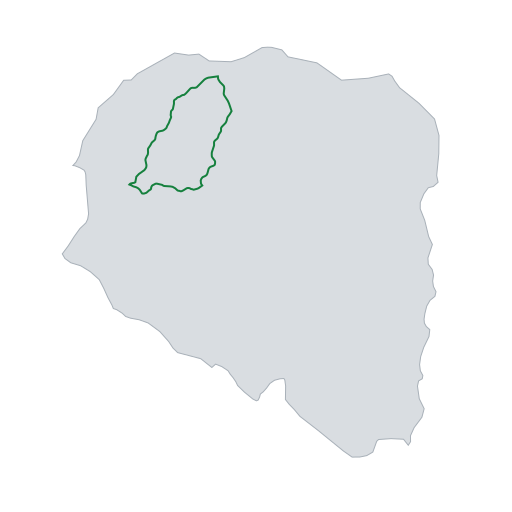 Uruguay, with Lavalleja highlighted, rotated 175°
{"feature_id": "URY-19", "entity_name": "Lavalleja", "entity_type": "Department", "adm_level": 1, "iso_a3": "URY", "parent_name": "Uruguay", "parent_adm1": "", "projection": "robinson", "projection_center": [-54.924, -33.979], "detail": "fine", "context": "in_parent", "style": "outline", "palette": "green", "viewbox_px": 512, "rotation_deg": 175, "n_neighbors": 0, "source": "natural_earth", "source_scale": "10m", "svg_char_len": 4761}
<svg xmlns="http://www.w3.org/2000/svg" viewBox="0 0 512 512"><g transform="rotate(175 256 256)"><path d="M430.5,362.1L427.0,365.3L423.1,371.4L418.5,386.0L403.4,406.1L400.3,417.4L384.0,429.3L372.5,442.6L365.0,442.2L358.3,447.9L319.5,465.3L305.6,462.0L295.3,462.1L285.7,454.4L263.9,451.7L250.2,454.7L231.8,463.1L226.2,463.0L222.3,462.5L212.3,459.1L206.8,451.6L178.5,443.1L155.5,423.7L128.6,423.3L108.0,425.8L104.8,423.2L102.6,418.3L98.3,411.1L80.3,393.9L66.2,376.9L63.2,360.1L65.0,341.9L69.0,320.4L68.2,313.6L73.3,309.8L78.4,309.0L83.3,303.4L87.7,295.0L88.3,288.6L84.8,276.8L82.3,260.3L79.3,252.1L84.9,239.1L85.1,232.8L81.7,227.2L80.8,221.5L82.2,215.7L81.9,210.1L79.8,204.7L81.3,200.2L86.5,196.7L90.3,191.2L92.8,183.9L94.1,178.4L94.1,174.5L92.5,170.9L89.3,167.5L90.7,160.7L96.8,150.5L100.7,141.5L102.5,133.6L102.3,127.3L100.2,122.4L101.1,119.2L104.9,117.4L106.5,112.3L105.8,99.6L101.8,89.2L104.8,80.9L113.4,71.3L117.8,63.5L118.2,57.6L120.8,54.2L125.0,60.6L137.4,62.3L149.9,62.5L151.9,60.9L156.7,50.5L163.1,47.5L170.1,46.7L177.8,47.3L186.0,54.2L209.2,76.7L226.2,92.4L231.3,99.8L235.8,105.3L239.2,110.5L237.8,123.9L238.1,129.8L238.9,131.5L242.7,131.6L248.4,130.6L253.3,127.8L257.0,123.5L260.7,120.0L263.7,118.1L264.7,115.2L266.4,112.3L268.2,111.7L271.6,113.8L279.5,121.5L285.6,128.6L287.1,132.6L289.5,136.9L292.0,140.5L293.8,144.1L299.7,148.8L305.7,151.8L309.7,148.8L320.0,158.5L342.5,166.6L346.7,171.5L350.5,178.5L358.4,189.1L369.3,198.7L378.0,202.7L386.4,205.0L391.1,207.1L394.3,210.7L399.5,214.7L402.7,216.1L403.8,219.7L407.1,227.4L410.5,237.1L414.2,246.1L422.4,254.8L431.6,261.6L441.1,265.4L446.5,270.1L448.8,275.0L442.3,282.3L435.2,291.5L429.0,298.7L422.6,303.8L420.5,307.3L419.1,312.6L419.0,341.2L418.5,351.8L418.9,354.6L419.8,356.5L423.8,359.3L428.6,361.7L430.5,362.1Z" fill="#d9dde1" stroke="#a8b0b8" stroke-width="1"/><path d="M267.7,402.5L269.8,399.5L271.8,397.3L272.3,396.6L272.6,396.0L273.1,394.4L273.7,392.9L274.1,392.2L274.4,391.6L275.3,390.7L278.8,387.7L279.2,387.1L279.6,386.6L279.7,386.1L279.8,385.6L279.8,385.1L279.8,384.5L280.0,383.4L280.4,382.8L280.9,382.1L281.7,381.2L282.5,380.1L283.4,377.8L284.0,376.7L284.3,376.4L284.9,375.9L286.4,374.9L287.3,374.1L287.7,373.5L287.9,372.9L288.1,370.0L288.4,369.1L290.8,363.5L291.1,362.5L291.3,360.2L291.3,359.6L291.3,359.1L291.2,358.6L291.0,358.2L290.8,357.8L289.0,354.9L288.8,354.5L288.6,354.1L288.5,353.5L288.6,352.7L288.8,351.4L289.1,350.7L289.4,350.2L289.8,350.0L290.6,349.6L292.9,349.0L293.7,348.7L294.2,348.4L294.7,348.0L295.4,347.2L295.7,346.7L297.0,343.1L297.5,342.0L297.9,341.4L298.0,341.2L298.3,341.0L298.9,340.5L299.7,340.1L302.2,339.2L302.6,338.9L303.0,338.5L303.9,337.4L304.2,336.6L304.5,336.0L304.5,334.8L304.5,333.2L304.4,332.8L304.2,332.3L303.8,331.6L303.4,330.9L306.9,328.8L308.3,328.2L312.1,327.5L312.5,327.5L313.4,328.0L314.8,328.4L315.2,328.6L315.6,328.9L316.0,329.2L316.7,329.5L317.9,329.7L318.7,329.6L319.2,329.5L322.5,327.8L324.3,327.1L325.1,327.0L325.6,327.1L326.7,327.6L327.7,327.8L328.2,328.0L328.6,328.3L330.6,330.5L333.1,332.2L335.3,332.8L341.2,333.7L341.7,333.9L342.1,334.0L343.1,334.9L343.5,335.1L348.4,336.7L349.2,336.8L349.9,336.7L352.8,335.5L353.1,335.3L353.5,335.0L353.7,334.7L354.0,334.3L354.4,333.5L354.6,332.5L354.7,332.1L355.0,331.7L355.3,331.4L355.7,331.2L356.5,330.8L356.9,330.6L359.3,328.8L359.8,328.5L361.9,328.0L362.8,328.0L363.4,328.1L363.9,328.2L364.2,328.5L364.4,328.9L365.2,330.5L366.2,332.3L367.4,333.6L368.0,334.1L369.5,335.0L372.1,336.0L374.1,337.3L375.9,338.2L375.5,338.6L375.1,338.9L374.6,339.1L372.8,339.4L371.1,339.5L369.8,340.0L368.3,345.4L365.5,347.9L359.7,351.3L358.2,353.0L357.5,354.3L357.2,356.1L357.8,361.0L357.7,361.8L357.4,362.7L355.8,365.4L355.3,366.0L355.0,366.5L354.8,367.2L354.5,368.6L354.4,371.2L354.2,372.2L353.9,372.7L351.7,375.3L349.9,378.1L346.9,380.3L346.1,381.5L346.0,382.0L345.9,382.6L345.3,384.5L344.4,386.5L343.8,387.4L343.3,387.9L341.6,388.6L338.0,389.0L337.3,389.3L336.4,389.7L334.9,390.7L334.2,391.3L333.8,391.9L333.6,392.4L333.3,393.1L331.2,396.2L330.1,398.6L328.6,401.3L328.4,402.0L328.6,402.9L328.6,403.1L328.7,403.5L328.7,404.0L328.6,404.4L328.5,404.9L328.2,406.7L328.0,407.6L327.6,408.1L327.2,408.5L326.5,409.0L326.1,409.5L325.9,410.0L324.6,414.3L324.4,415.3L324.3,417.2L324.0,418.1L323.7,418.5L323.3,418.8L322.0,419.4L320.9,420.4L320.2,420.8L319.6,421.0L318.3,421.2L316.0,422.4L315.2,422.7L313.6,422.8L312.6,423.4L311.3,424.4L307.3,428.1L306.4,428.8L306.0,428.9L305.0,429.1L302.8,428.9L301.7,428.9L301.2,429.0L300.3,429.3L292.1,436.2L291.6,436.5L289.9,437.3L288.0,437.8L278.3,438.3L278.3,435.9L277.9,434.7L276.7,432.4L273.7,428.8L273.3,428.1L273.1,427.8L273.0,425.9L273.1,425.1L274.0,420.8L274.0,420.3L273.9,419.5L273.6,418.7L270.6,413.1L269.6,410.3L267.7,402.5Z" fill="none" stroke="#15803d" stroke-width="2"/></g></svg>